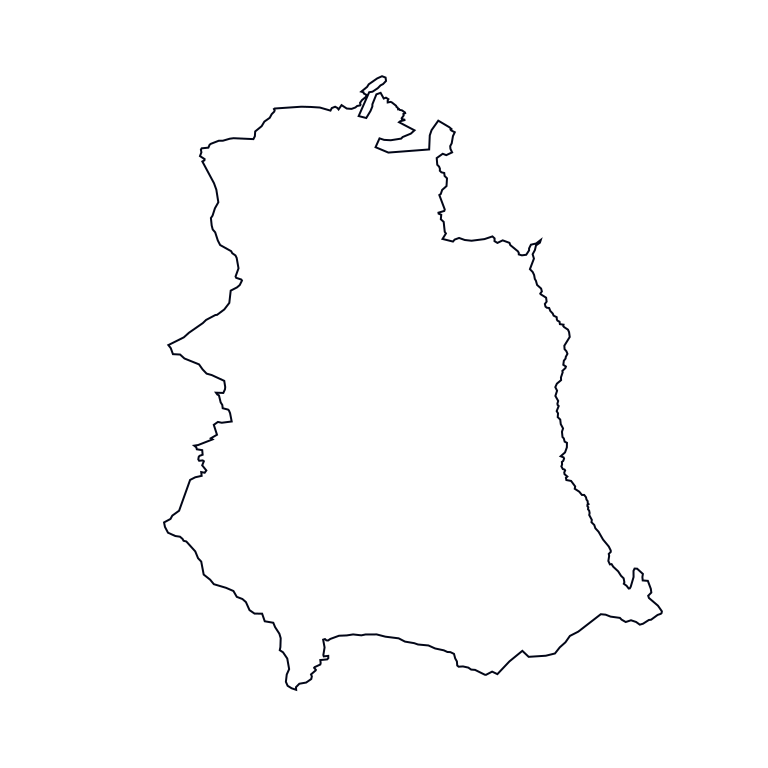 outline of Odaile, Buzau, Romania, rotated 351°
{"feature_id": "2599482B56943146128406", "entity_name": "Odaile", "entity_type": "district", "adm_level": 2, "iso_a3": "ROU", "parent_name": "Romania", "parent_adm1": "Buzau", "projection": "robinson", "projection_center": [26.554, 45.39], "detail": "fine", "context": "isolated", "style": "outline", "palette": "ink", "viewbox_px": 768, "rotation_deg": 351, "n_neighbors": 0, "source": "geoboundaries", "source_scale": "gbopen_adm2", "svg_char_len": 6141}
<svg xmlns="http://www.w3.org/2000/svg" viewBox="0 0 768 768"><g transform="rotate(351 384 384)"><path d="M522.8,667.5L528.2,661.9L537.1,659.0L562.1,645.3L566.8,646.5L571.4,649.2L580.4,651.9L581.8,653.9L585.5,656.9L591.0,656.0L595.8,658.5L599.0,661.7L602.3,661.3L608.7,658.5L610.9,658.6L618.1,654.9L621.4,654.3L622.3,653.7L622.9,652.0L619.9,645.8L612.2,636.8L611.8,634.5L615.4,631.8L615.5,628.1L613.8,619.7L608.8,618.5L609.0,615.1L610.0,612.1L605.1,606.0L602.6,605.5L601.2,607.6L600.3,613.7L596.0,622.8L594.8,624.3L593.7,624.3L592.0,621.2L589.6,618.8L590.4,617.4L590.3,613.4L588.1,610.5L586.0,605.7L581.8,600.3L580.6,597.5L578.9,597.5L577.9,593.9L579.5,589.0L579.4,587.0L581.7,585.3L581.9,583.9L580.6,579.7L576.0,571.9L572.8,563.5L570.2,559.6L569.6,556.1L567.3,553.0L568.0,550.7L566.2,545.5L566.9,543.6L566.8,541.2L565.9,539.6L566.5,537.7L565.8,536.6L566.0,535.2L567.2,534.6L566.6,533.9L566.8,531.5L565.9,529.8L565.8,527.5L564.4,524.9L562.1,524.5L560.0,520.9L556.0,517.3L556.8,515.1L553.6,509.0L549.1,507.4L549.0,505.1L550.6,504.1L548.2,501.3L548.2,499.5L549.4,497.7L548.9,496.7L547.3,496.0L546.3,493.1L547.3,491.4L547.5,488.8L549.0,488.0L550.2,485.8L549.9,484.6L547.2,483.0L552.1,479.9L554.7,475.2L555.5,470.7L553.4,469.2L553.1,465.9L552.0,464.3L552.3,459.0L553.9,455.9L552.3,451.3L552.5,446.7L550.4,443.9L551.3,440.2L550.3,437.8L553.1,433.1L552.2,431.8L552.2,430.5L553.4,428.0L551.4,422.6L553.9,417.7L552.7,413.9L554.8,410.7L559.5,407.9L559.8,405.2L562.3,400.4L562.2,399.0L565.7,396.6L566.4,395.2L564.1,393.1L564.3,392.4L565.3,389.1L567.3,387.3L567.8,385.6L569.9,382.9L569.3,380.2L567.8,377.8L568.1,374.4L574.8,366.6L574.9,361.7L574.2,359.1L570.8,356.0L570.1,354.8L570.6,353.5L567.1,352.4L567.1,349.9L565.3,348.6L564.8,347.4L565.0,345.0L562.2,343.0L561.7,340.8L559.7,337.9L559.0,334.8L556.7,334.1L555.6,332.8L555.4,330.1L557.5,328.1L557.6,324.1L552.7,319.8L552.5,319.1L554.4,317.3L554.1,314.3L550.7,310.1L550.2,305.8L549.4,303.8L549.3,299.8L548.4,296.7L546.1,293.4L551.7,283.6L551.1,279.1L554.0,275.3L555.8,270.9L560.1,268.8L561.4,266.2L556.3,269.0L550.9,269.4L548.5,272.8L548.2,274.7L544.7,278.6L540.3,278.5L537.4,277.1L537.6,275.4L537.0,273.9L530.5,266.6L530.0,264.2L523.7,260.7L518.1,262.4L515.5,260.2L516.0,257.5L514.2,255.2L505.9,256.6L492.9,256.2L486.3,254.4L481.0,251.5L476.4,252.4L474.4,254.1L464.5,249.9L468.7,245.0L467.8,243.2L468.3,233.2L465.9,230.2L467.0,225.8L464.6,224.3L464.6,223.3L470.6,222.5L471.3,221.1L468.2,206.0L469.8,205.2L471.8,201.4L476.7,198.3L478.4,190.7L476.4,188.0L476.5,185.0L473.8,183.9L472.5,182.1L472.9,180.1L472.4,177.9L470.9,175.8L471.4,169.1L478.0,165.8L481.3,167.7L487.5,165.9L486.4,162.1L486.6,159.4L488.5,156.9L490.9,149.9L493.3,146.4L490.2,144.2L489.6,143.3L490.5,142.7L488.7,140.6L478.8,132.4L470.7,140.7L468.1,145.6L465.3,159.4L424.5,156.1L412.7,148.8L418.0,140.7L422.3,142.9L428.8,144.3L439.4,144.3L441.0,143.0L449.7,140.9L453.8,138.2L439.8,127.8L441.2,127.0L445.5,126.6L445.5,126.1L443.1,125.1L443.0,124.3L445.4,121.9L445.4,120.3L447.3,119.8L447.2,119.1L444.5,116.5L442.3,115.7L441.9,114.8L440.9,114.9L440.7,113.1L439.7,112.3L439.5,111.1L435.8,107.1L434.7,106.4L431.7,106.5L431.9,104.8L432.9,103.4L430.7,101.5L428.4,102.0L426.2,95.9L421.8,96.7L416.3,105.9L415.9,108.1L413.4,112.2L408.1,118.5L400.9,115.4L415.0,93.5L418.4,93.5L424.2,90.8L427.3,88.5L430.0,87.6L433.4,85.0L433.5,81.6L430.2,79.7L425.1,81.1L415.8,85.6L413.8,87.9L407.3,91.7L409.4,92.7L409.5,93.9L411.8,95.6L411.2,97.5L406.6,100.2L404.3,102.6L404.5,104.5L404.0,105.1L401.0,105.2L399.0,106.4L395.0,107.2L390.3,106.1L385.7,101.9L382.1,105.7L381.2,104.1L379.1,102.5L375.6,103.3L373.9,105.6L363.9,100.9L354.9,98.9L345.8,97.2L319.1,94.8L318.3,95.2L318.8,96.6L318.2,97.8L315.3,99.9L312.8,103.2L306.9,106.1L303.5,110.2L296.3,114.4L295.2,119.1L293.3,121.7L273.9,117.7L270.1,117.6L263.0,118.5L258.8,117.9L250.5,119.7L249.2,120.4L247.5,123.1L240.8,122.7L239.8,123.9L239.9,126.6L237.9,130.1L242.0,133.8L241.6,135.0L239.4,135.8L247.5,159.1L248.8,165.9L248.8,178.6L244.5,184.0L241.0,190.9L239.0,193.0L238.6,200.5L239.0,204.6L241.0,207.8L242.3,216.2L243.9,221.1L253.8,228.9L254.6,231.1L257.4,233.8L258.2,236.4L258.4,247.0L254.2,254.6L254.6,256.0L259.4,258.5L259.9,259.6L257.0,263.7L253.9,265.6L247.2,267.8L243.9,279.7L237.9,285.4L229.9,289.6L228.2,289.5L218.3,292.9L214.6,295.5L199.3,302.9L193.6,306.6L177.1,311.8L179.0,315.2L180.2,321.5L187.2,323.0L190.9,327.6L204.4,335.7L207.1,341.2L210.4,346.0L215.2,348.2L226.7,355.9L226.7,362.2L226.1,364.4L223.9,367.7L216.7,366.3L217.7,368.3L219.2,369.4L219.8,376.6L221.0,379.4L220.9,382.7L226.0,384.9L226.7,385.9L227.4,388.7L227.7,397.2L217.7,396.9L214.0,395.5L209.5,397.7L211.1,408.0L204.5,410.5L206.0,411.9L190.9,415.2L186.9,415.2L188.7,417.2L188.9,419.2L194.1,420.9L193.8,425.5L190.6,426.1L189.6,427.0L188.8,429.4L189.4,430.9L193.0,431.1L194.0,432.1L191.7,435.9L195.0,441.6L193.0,443.6L189.7,442.4L189.5,446.2L183.0,446.6L177.5,448.4L161.8,477.1L154.3,480.9L152.0,483.9L145.1,486.3L145.3,490.9L147.4,497.1L154.1,501.5L158.6,502.9L160.8,505.5L161.5,507.5L164.1,508.6L171.4,519.8L173.1,527.0L175.7,530.8L176.1,544.0L181.7,550.1L184.6,555.1L196.1,560.6L202.9,564.9L205.3,571.2L210.5,574.2L213.5,577.8L215.8,586.3L220.2,590.5L227.7,591.8L229.1,599.7L237.3,602.5L238.4,607.1L241.6,614.3L242.2,618.9L240.5,627.7L239.4,630.6L242.3,633.2L245.5,640.0L245.7,650.8L242.5,655.7L240.5,662.8L241.6,667.0L245.2,670.1L249.0,672.1L249.4,672.3L249.6,669.7L253.5,666.8L260.4,666.7L266.0,664.0L267.0,661.5L266.5,659.4L271.7,656.2L272.0,655.7L270.6,653.4L271.2,652.8L277.2,651.1L277.8,649.7L277.9,646.7L284.8,647.1L286.1,646.1L286.4,643.8L281.9,643.6L281.7,642.2L284.1,634.9L283.9,627.0L285.8,626.7L287.0,628.2L288.6,628.6L291.1,627.4L300.2,625.6L307.9,626.5L314.3,626.5L322.3,628.7L326.5,628.5L337.6,630.2L345.9,633.8L358.7,637.5L364.4,641.7L373.3,644.7L376.8,646.6L387.0,649.2L393.1,653.2L401.4,656.4L404.7,658.6L407.6,659.2L410.9,661.5L411.4,666.2L412.6,669.4L412.3,673.5L413.5,674.9L417.8,675.3L422.9,677.3L425.4,679.7L429.2,680.6L438.1,686.9L439.2,687.2L445.8,685.0L450.6,688.3L464.5,677.6L478.9,669.2L484.2,676.1L501.3,677.7L510.7,676.9L516.4,671.6L522.8,667.5Z" fill="none" stroke="#020617" stroke-width="2"/></g></svg>